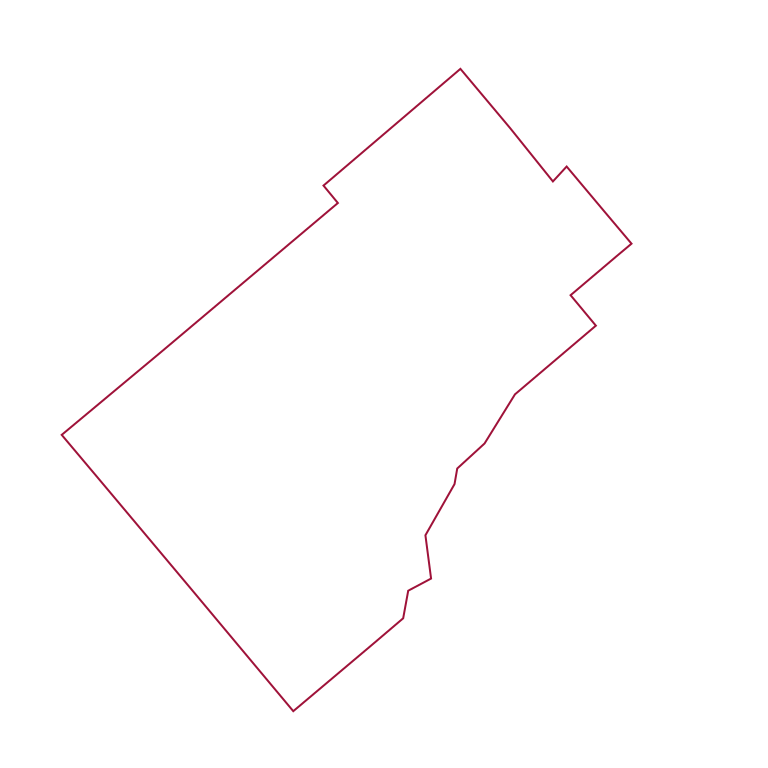 the district of Webster, Mississippi, United States of America, rotated 320°
{"feature_id": "52423323B29713004064405", "entity_name": "Webster", "entity_type": "district", "adm_level": 2, "iso_a3": "USA", "parent_name": "United States of America", "parent_adm1": "Mississippi", "projection": "albers", "projection_center": [-89.248, 33.6], "detail": "fine", "context": "isolated", "style": "outline", "palette": "rose", "viewbox_px": 768, "rotation_deg": 320, "n_neighbors": 0, "source": "geoboundaries", "source_scale": "gbopen_adm2", "svg_char_len": 478}
<svg xmlns="http://www.w3.org/2000/svg" viewBox="0 0 768 768"><g transform="rotate(320 384 384)"><path d="M104.5,276.7L104.5,416.0L104.2,576.3L206.1,576.1L248.1,575.8L269.7,557.9L295.0,563.3L318.5,526.5L373.7,506.0L385.8,495.8L422.8,494.2L477.7,476.1L583.8,475.5L584.0,435.9L644.2,435.6L663.8,435.6L663.7,393.1L663.7,334.8L643.6,337.4L645.1,268.8L645.1,191.7L465.2,193.1L465.0,215.7L234.2,216.2L104.4,215.8L104.5,276.7Z" fill="none" stroke="#9f1239" stroke-width="2"/></g></svg>